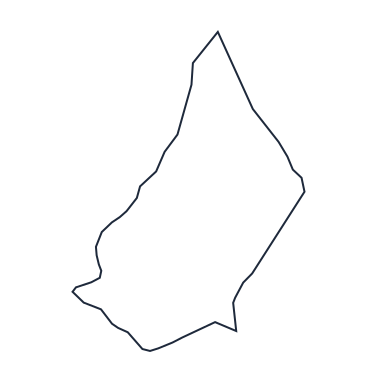 Bled, Albers equal-area conic projection, rotated 94°
{"feature_id": "SVN-1008", "entity_name": "Bled", "entity_type": "Municipality", "adm_level": 1, "iso_a3": "SVN", "parent_name": "Slovenia", "parent_adm1": "", "projection": "albers", "projection_center": [14.045, 46.372], "detail": "fine", "context": "isolated", "style": "outline", "palette": "slate", "viewbox_px": 384, "rotation_deg": 94, "n_neighbors": 0, "source": "natural_earth", "source_scale": "10m", "svg_char_len": 673}
<svg xmlns="http://www.w3.org/2000/svg" viewBox="0 0 384 384"><g transform="rotate(94 192 192)"><path d="M63.3,200.1L30.5,177.4L105.0,137.1L136.0,109.1L150.0,99.3L162.6,93.0L170.2,83.7L183.9,79.8L269.1,126.3L278.8,134.6L294.5,141.6L299.7,143.2L327.6,138.2L320.2,159.9L337.8,191.5L343.5,200.9L350.4,214.9L353.5,222.8L352.1,230.5L336.4,246.3L332.7,256.3L329.0,262.6L315.4,274.6L309.9,292.3L299.9,304.2L295.2,301.1L289.1,286.2L284.0,278.0L276.9,277.0L270.7,279.9L261.8,282.7L253.4,284.0L238.2,279.2L227.9,269.8L222.0,262.2L215.6,255.9L201.8,246.6L190.0,244.2L174.0,229.2L153.8,222.1L135.7,210.5L85.0,200.0L63.3,200.1Z" fill="none" stroke="#1e293b" stroke-width="2"/></g></svg>